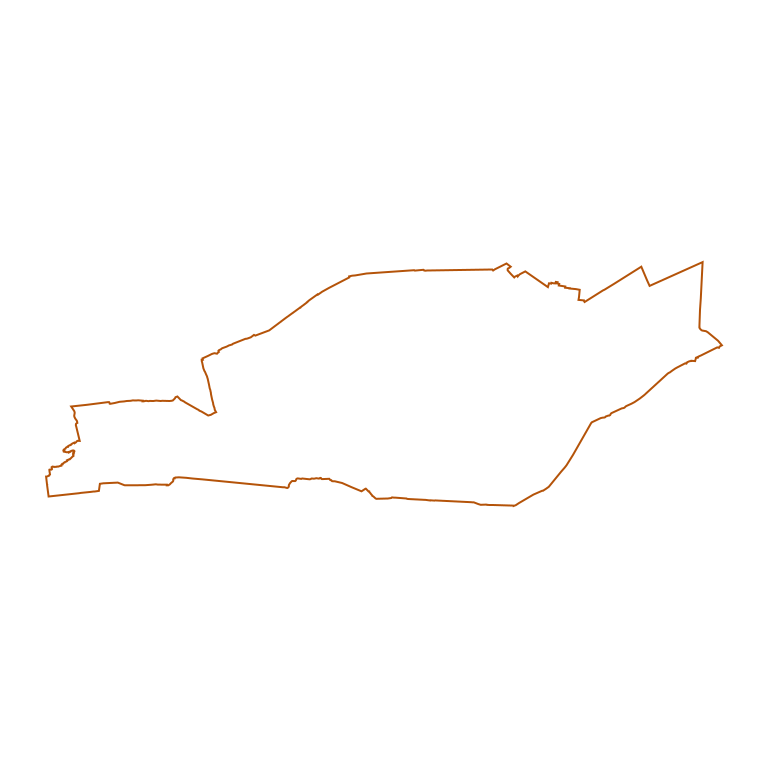 Smallingerland, Friesland, Netherlands
{"feature_id": "6326949B9075105928682", "entity_name": "Smallingerland", "entity_type": "district", "adm_level": 2, "iso_a3": "NLD", "parent_name": "Netherlands", "parent_adm1": "Friesland", "projection": "natural_earth1", "projection_center": [5.999, 53.115], "detail": "fine", "context": "isolated", "style": "outline", "palette": "amber", "viewbox_px": 768, "rotation_deg": 0, "n_neighbors": 0, "source": "geoboundaries", "source_scale": "gbopen_adm2", "svg_char_len": 5896}
<svg xmlns="http://www.w3.org/2000/svg" viewBox="0 0 768 768"><path d="M549.0,283.3L547.9,287.1L525.3,271.4L519.9,274.2L518.5,275.5L517.8,276.4L517.4,275.5L514.7,276.8L514.2,277.4L510.9,274.0L507.7,270.4L507.6,269.5L507.8,268.6L509.2,267.9L510.7,266.7L506.5,263.5L494.9,269.3L493.1,270.5L492.2,269.5L427.2,270.5L425.4,270.7L424.1,270.5L423.7,269.9L423.4,269.8L414.9,270.6L414.5,270.5L414.2,270.2L366.5,273.5L355.4,275.4L352.1,275.7L349.1,276.4L349.3,277.4L329.0,287.9L322.0,291.8L321.2,292.4L317.9,294.7L317.6,294.3L309.2,300.3L307.2,302.0L307.3,302.1L306.6,302.7L301.0,306.9L300.4,307.7L299.9,307.6L299.1,308.3L285.4,318.2L269.2,330.4L255.3,335.6L254.0,334.9L250.8,337.3L247.5,338.5L246.2,338.8L245.5,338.8L233.1,343.7L232.6,344.0L232.3,344.4L230.2,345.1L229.2,345.3L226.7,346.6L222.3,348.2L221.5,348.7L220.9,349.3L219.1,350.1L218.8,350.4L218.8,350.6L218.4,350.9L218.5,351.6L218.8,352.0L217.6,353.0L217.0,353.7L214.5,353.2L213.3,353.5L211.8,354.0L208.0,355.9L202.5,358.4L202.7,359.3L202.9,359.8L202.1,360.1L201.7,360.0L201.8,361.4L202.1,362.2L203.4,368.4L204.5,371.1L205.0,371.8L206.0,374.2L207.1,376.6L207.3,377.7L207.6,378.3L208.7,383.3L208.9,384.1L209.7,388.3L210.3,390.0L210.6,391.7L210.8,392.2L211.0,394.2L212.1,399.5L213.1,403.1L213.2,404.2L213.9,406.6L214.4,407.7L214.8,409.9L216.1,412.2L213.8,413.1L210.9,414.8L208.2,415.5L201.4,411.5L199.4,410.7L198.6,409.9L197.3,409.3L185.0,402.3L184.3,401.7L182.0,400.5L180.9,400.1L177.4,396.5L175.5,397.2L175.0,398.3L172.8,400.5L171.5,400.8L169.5,401.0L162.3,400.8L160.7,401.0L156.2,400.6L153.4,401.0L152.1,401.0L149.8,400.9L149.0,401.1L148.0,401.1L146.0,400.8L143.8,401.3L142.7,401.3L142.9,400.7L138.2,400.3L136.1,400.5L132.7,400.4L130.7,400.8L126.7,401.0L124.3,401.4L119.6,401.8L114.7,403.0L110.3,403.8L109.7,403.7L109.4,402.5L109.1,402.1L108.2,402.1L87.0,404.8L71.2,406.5L74.0,410.7L74.4,411.4L74.7,412.8L74.2,415.8L74.4,416.8L75.2,418.5L76.8,420.7L77.2,421.9L77.3,422.9L76.9,423.0L76.0,423.9L75.9,424.4L75.9,425.6L76.2,426.4L79.7,440.9L77.7,440.8L77.0,441.1L76.6,441.5L76.0,442.3L74.6,443.2L74.3,442.6L72.4,443.5L71.7,444.0L71.5,444.3L71.1,444.4L70.9,444.9L70.3,445.2L69.7,445.2L69.0,445.6L68.3,446.1L68.1,446.8L67.8,446.8L67.5,446.6L67.0,447.1L66.3,447.4L65.7,448.0L65.5,448.6L63.9,449.5L63.5,450.2L62.8,450.4L63.4,450.5L63.5,450.5L63.4,450.7L63.6,450.8L64.1,450.7L64.3,450.9L64.1,451.6L65.1,451.6L65.1,451.9L67.0,452.3L68.8,451.9L68.5,452.3L68.7,452.6L70.6,451.6L70.8,451.3L70.7,451.2L71.5,450.8L73.1,450.4L73.9,450.6L74.4,451.1L74.4,451.5L74.0,452.2L73.7,452.3L73.8,452.5L73.1,453.1L73.1,453.4L73.4,453.5L73.6,453.7L73.3,453.9L73.4,454.2L73.1,454.4L73.1,454.8L73.3,454.9L73.5,455.9L72.3,456.8L70.0,459.1L69.8,459.0L69.2,459.5L68.6,459.5L68.4,459.8L67.7,459.9L67.1,460.2L67.4,460.7L67.0,461.2L65.9,461.7L64.8,462.1L64.7,462.2L64.7,462.3L64.6,462.5L64.2,462.5L63.6,463.0L62.9,463.7L62.6,463.8L62.6,464.0L62.2,463.9L61.9,464.2L62.0,464.5L61.7,465.1L61.4,465.1L61.4,465.7L60.3,465.9L57.9,466.7L57.2,466.5L55.7,466.9L55.3,466.6L55.4,466.8L54.9,466.8L54.2,466.9L54.1,467.0L53.0,466.6L52.4,466.6L51.6,467.2L52.0,469.1L51.5,469.6L49.7,469.6L49.4,469.7L49.4,470.6L50.0,474.5L49.3,475.0L49.2,475.6L46.7,476.6L46.1,476.6L47.0,484.3L47.2,484.6L47.1,485.2L48.6,496.5L79.1,493.2L80.9,492.9L90.8,491.9L93.7,491.5L94.8,491.5L98.9,490.9L99.9,483.8L103.4,483.3L117.8,482.6L124.4,485.2L125.4,485.3L145.2,485.2L152.0,484.7L155.9,484.3L157.8,484.6L166.9,484.7L166.8,485.3L168.3,485.3L169.9,484.3L170.9,483.2L172.9,481.5L173.3,480.7L173.2,479.5L173.6,478.6L173.8,478.4L173.9,478.5L174.7,478.4L174.7,477.8L175.5,477.5L177.8,477.4L178.7,477.3L186.2,477.8L192.3,478.5L202.7,479.4L283.3,487.3L284.2,487.2L287.2,488.0L288.2,487.5L288.6,487.0L288.9,486.1L288.8,485.3L289.0,484.8L290.1,483.0L291.8,481.2L292.4,481.0L295.0,481.1L295.3,481.0L295.8,480.5L296.4,479.0L297.2,478.5L297.7,478.4L301.3,478.9L301.8,478.6L302.2,478.5L309.6,479.3L310.7,479.1L311.3,478.6L311.8,478.5L313.9,478.7L315.1,478.5L316.2,478.2L319.0,478.6L320.2,477.9L320.9,478.0L321.4,478.9L322.0,479.1L329.3,478.8L330.2,480.0L331.3,480.2L331.5,480.7L332.2,481.2L334.9,481.3L342.1,483.0L351.4,487.1L361.5,491.3L365.5,488.7L365.9,488.7L368.4,491.3L369.1,491.3L369.3,491.4L369.4,492.2L370.5,493.3L371.0,494.1L371.8,494.9L372.4,496.0L373.2,496.3L375.5,498.4L376.3,498.8L387.9,498.5L391.3,498.0L392.0,497.4L393.6,497.6L396.0,497.7L406.5,498.5L406.9,498.8L408.0,499.0L425.7,499.9L430.2,500.5L430.3,500.3L434.6,500.6L435.1,500.4L436.6,500.5L471.2,502.2L472.1,502.3L473.7,502.3L478.4,504.1L480.7,504.8L486.1,504.6L486.8,504.7L486.8,504.8L487.5,504.9L489.6,505.0L492.8,505.0L513.4,505.6L513.8,505.7L513.8,505.9L515.9,505.1L518.9,503.1L533.4,494.6L542.3,490.7L542.9,490.8L546.0,488.8L548.8,486.8L561.2,471.6L564.7,467.6L566.5,465.3L573.0,454.9L590.9,423.5L591.1,423.1L591.4,422.9L591.8,422.3L600.7,418.1L602.4,417.7L604.5,417.5L605.2,417.2L605.6,416.6L606.2,416.3L606.8,416.2L607.3,415.9L608.8,415.5L609.1,415.6L609.4,415.5L610.2,415.0L610.8,413.7L611.5,413.1L621.7,408.4L623.8,408.0L624.8,407.4L625.3,406.8L626.2,406.1L631.5,403.7L634.5,402.1L639.7,398.6L644.1,395.2L667.7,373.6L668.7,372.9L669.7,372.5L672.1,370.7L675.3,368.5L677.1,367.5L685.0,363.4L686.3,363.6L686.5,362.8L686.9,362.8L687.0,362.5L687.3,362.2L689.3,361.3L690.3,361.1L691.6,361.0L691.6,360.8L695.1,361.1L696.0,357.8L697.9,357.7L698.0,357.5L697.2,357.2L699.9,355.9L700.5,355.7L717.2,347.4L719.0,347.8L719.6,346.5L721.9,345.3L718.1,340.8L707.7,332.2L706.0,331.2L702.1,330.5L701.5,330.2L700.4,329.2L699.6,328.1L699.5,326.9L699.4,326.9L700.0,309.9L700.8,298.3L702.6,262.1L649.6,285.9L647.1,280.4L641.3,266.7L613.8,284.0L604.5,289.7L603.0,290.4L584.6,302.0L583.9,300.9L583.9,300.4L578.5,299.9L579.0,297.1L579.7,289.8L575.9,289.1L569.6,288.5L569.7,288.2L565.1,287.7L565.3,286.5L558.8,285.5L559.2,283.9L557.3,283.5L557.6,282.2L555.8,281.9L555.3,283.4L553.5,283.3L551.4,282.8L551.2,283.6L549.0,283.3Z" fill="none" stroke="#b45309" stroke-width="2"/></svg>